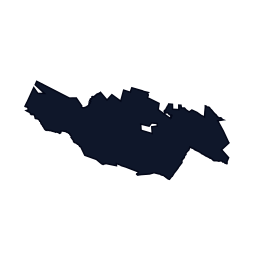 outline of Bindura, Mashonaland Central, Zimbabwe, rotated 286°
{"feature_id": "62879985B50430993830170", "entity_name": "Bindura", "entity_type": "district", "adm_level": 2, "iso_a3": "ZWE", "parent_name": "Zimbabwe", "parent_adm1": "Mashonaland Central", "projection": "natural_earth1", "projection_center": [31.316, -17.234], "detail": "fine", "context": "isolated", "style": "filled", "palette": "ink", "viewbox_px": 256, "rotation_deg": 286, "n_neighbors": 0, "source": "geoboundaries", "source_scale": "gbopen_adm2", "svg_char_len": 5664}
<svg xmlns="http://www.w3.org/2000/svg" viewBox="0 0 256 256"><g transform="rotate(286 128 128)"><path d="M147.7,27.4L144.0,26.9L138.2,38.2L136.4,31.8L140.8,26.3L124.5,23.8L124.5,23.7L120.4,23.0L120.2,23.5L120.4,23.9L120.5,25.0L120.3,25.0L120.2,25.1L120.2,25.8L119.4,26.5L118.2,26.9L117.8,27.1L117.2,26.6L117.2,26.2L116.7,25.3L116.4,26.2L116.4,26.7L116.1,27.7L116.1,28.1L116.0,29.0L115.9,29.6L114.8,30.3L114.3,31.1L114.3,31.5L114.5,32.2L114.9,32.0L115.0,32.3L115.1,33.6L114.3,34.4L114.2,34.8L113.9,34.9L112.6,35.8L112.0,35.9L111.6,36.8L111.6,37.1L112.1,38.4L112.0,38.7L111.6,39.2L111.4,40.3L111.0,40.7L110.2,41.3L110.1,42.0L109.8,42.4L109.3,42.6L108.2,43.3L107.3,44.7L106.0,45.9L105.7,46.5L104.1,48.0L103.6,48.8L103.3,49.4L103.3,49.7L103.4,49.9L103.3,50.2L103.8,50.6L104.0,51.0L103.6,51.6L103.9,52.1L103.9,53.4L104.1,53.9L104.1,54.3L104.3,54.7L104.1,55.3L104.1,57.0L104.2,58.3L104.0,59.4L104.3,59.5L104.5,60.0L104.5,60.5L104.4,60.5L104.4,61.4L104.5,61.6L104.5,62.4L104.3,62.9L104.0,63.4L104.0,63.9L104.4,64.2L105.0,64.7L106.3,64.1L106.5,64.5L106.7,64.8L106.9,65.6L107.3,66.0L107.2,66.8L107.3,67.7L107.4,68.4L107.8,69.0L107.4,69.0L107.2,70.0L107.0,70.9L107.0,71.2L107.2,71.8L107.2,72.0L106.6,72.5L106.7,73.1L106.5,73.5L106.0,73.7L105.5,74.2L105.2,74.7L105.0,75.4L104.8,75.6L104.5,75.8L103.4,75.8L101.2,78.7L100.7,79.2L99.8,79.5L99.6,80.0L99.6,80.5L99.3,80.7L99.3,81.9L99.1,82.4L99.1,83.1L98.6,83.6L98.5,83.8L98.6,85.3L97.9,85.6L97.8,86.1L97.1,86.5L96.9,87.0L97.0,87.7L89.9,94.0L89.1,106.3L86.3,112.6L86.3,113.3L86.1,114.1L86.4,114.4L86.8,114.5L86.9,115.1L87.1,115.3L87.1,115.7L87.7,115.9L88.6,127.3L90.7,126.6L90.3,131.2L90.0,131.7L89.9,136.7L88.7,150.1L88.0,150.0L87.4,150.0L86.9,149.8L86.5,149.6L86.3,149.0L86.0,149.0L85.8,149.3L85.8,149.6L85.4,150.1L85.5,150.6L86.0,151.5L87.0,153.9L89.8,161.5L92.2,165.3L92.4,170.6L92.6,171.7L92.2,172.3L92.2,173.0L92.0,173.9L92.1,174.1L92.4,174.7L92.1,175.7L91.6,176.5L91.6,177.5L91.5,177.9L91.0,178.1L91.0,178.5L90.7,179.0L90.5,179.8L90.2,180.3L90.1,180.8L90.1,182.0L93.2,183.2L93.8,183.8L97.9,184.9L98.6,185.3L101.1,186.3L103.2,187.1L104.6,187.4L109.6,189.4L112.0,188.6L112.1,188.9L113.0,189.3L113.4,189.0L113.8,189.5L114.0,189.5L114.3,189.9L115.2,190.2L115.8,190.2L117.0,190.0L118.3,190.9L118.6,191.0L119.2,190.8L119.5,190.6L120.0,190.6L122.1,191.6L123.6,192.5L124.4,192.5L124.9,192.6L126.0,192.7L126.3,192.9L126.7,192.7L126.9,192.8L126.7,194.1L126.4,194.5L126.3,196.9L126.0,197.3L125.7,197.5L125.5,198.1L125.6,198.4L125.8,198.6L125.8,198.8L125.3,199.3L125.3,200.1L125.1,200.6L125.3,201.4L125.0,201.6L124.9,202.0L124.9,202.3L124.8,202.7L124.8,203.5L124.3,204.2L124.2,204.6L124.2,205.2L123.6,206.2L123.7,206.7L123.5,207.1L123.5,207.5L123.2,208.4L123.2,208.9L123.0,209.2L122.8,210.0L122.6,210.2L122.7,210.8L122.4,211.8L122.4,212.2L122.3,212.5L122.3,213.1L122.2,213.2L122.2,213.3L122.0,213.9L122.2,214.8L121.7,214.9L121.6,215.4L121.8,215.7L121.9,216.0L121.6,216.6L121.6,217.0L121.3,217.3L120.7,218.5L120.4,218.8L120.3,219.2L120.3,219.8L120.9,221.9L121.1,223.1L121.1,224.2L121.4,225.0L122.1,226.3L122.1,227.3L121.9,227.9L121.7,228.0L121.4,228.7L121.6,228.9L121.8,229.0L121.9,229.4L121.0,230.8L120.9,232.9L121.2,233.0L123.2,232.4L127.2,232.9L132.9,223.9L141.5,229.1L141.6,228.9L151.4,220.4L159.7,212.2L162.1,217.4L162.2,216.4L162.4,216.0L163.0,215.4L163.2,214.8L163.4,214.5L163.4,214.2L163.2,214.0L163.0,213.7L163.0,213.2L162.8,213.0L163.2,211.9L163.1,211.2L163.4,210.9L164.2,210.0L164.6,209.2L165.0,209.0L165.2,208.5L165.2,208.0L165.6,207.6L165.8,207.1L166.1,206.8L166.1,206.5L166.6,205.7L167.2,205.1L167.3,204.7L167.8,204.2L168.0,203.6L168.4,203.3L169.0,201.9L169.7,201.2L170.1,200.6L170.3,199.9L170.3,199.6L170.0,199.3L169.9,198.4L170.5,197.5L170.6,196.7L170.6,196.2L168.8,196.7L164.5,197.5L159.7,198.5L160.3,194.8L162.0,190.0L162.9,184.4L160.3,182.4L161.4,178.9L162.8,176.8L161.9,173.9L164.5,172.6L164.0,170.5L159.7,171.8L158.3,165.7L163.0,164.2L162.2,159.9L162.1,160.4L160.7,160.4L159.8,159.9L158.5,159.7L157.2,159.3L156.5,159.3L156.2,159.5L155.9,159.2L155.5,159.1L155.3,158.8L155.3,158.6L154.8,158.2L153.8,158.3L153.8,158.9L153.5,159.1L152.9,159.1L152.5,159.3L152.5,159.7L153.0,160.0L153.2,159.7L153.4,159.9L153.4,160.5L153.2,160.9L153.2,161.4L153.7,161.9L153.7,162.2L153.5,162.6L152.3,163.8L152.2,165.4L152.4,165.9L152.4,166.3L152.1,166.3L151.9,166.2L151.9,166.7L151.8,166.8L151.1,166.1L150.5,166.0L150.2,166.3L150.2,166.6L149.8,166.7L149.8,165.9L149.7,165.8L148.9,165.8L154.0,151.9L160.2,151.1L162.1,140.7L162.4,137.9L162.4,138.0L163.2,138.4L165.1,138.4L165.5,138.3L165.9,137.9L166.7,137.0L167.5,136.6L167.4,137.6L167.7,137.8L167.5,134.0L167.5,133.0L167.7,131.4L167.7,120.6L163.0,120.3L163.2,113.4L151.8,113.6L155.6,103.3L149.1,100.1L154.5,92.0L154.4,92.0L154.0,91.4L153.9,90.9L153.6,90.7L153.3,90.7L153.1,90.9L152.8,90.0L152.4,90.0L152.3,89.0L152.0,88.9L151.5,88.9L151.3,88.7L151.3,88.3L151.2,88.2L150.7,88.3L150.2,87.6L149.2,87.0L148.9,87.2L148.7,86.8L148.5,86.7L148.7,86.3L148.6,86.1L148.3,86.0L148.4,85.0L148.2,84.8L147.9,84.7L147.6,84.8L147.3,85.2L146.8,85.2L146.6,85.0L146.2,85.0L146.0,84.8L145.8,84.5L145.7,83.9L145.2,83.8L144.9,84.4L144.7,84.3L144.4,83.9L143.9,83.6L143.6,83.6L143.4,83.8L143.2,84.2L143.2,84.7L143.1,84.8L142.6,84.4L142.1,84.3L141.7,84.6L141.5,84.3L141.6,83.9L141.3,84.1L141.2,84.5L140.8,84.3L140.5,83.8L140.2,83.8L140.0,84.0L139.8,84.0L139.6,84.2L139.1,83.9L138.5,83.8L138.1,83.2L137.7,82.8L137.0,82.6L136.8,82.0L136.3,81.8L135.7,80.6L135.2,80.2L135.2,79.7L134.9,79.3L135.2,77.5L136.5,77.4L142.6,70.0L140.6,63.4L147.7,27.4ZM129.3,152.9L129.4,141.2L135.3,139.1L135.6,147.8L139.3,149.2L140.4,154.8L137.9,155.6L135.7,150.5L129.3,152.9Z" fill="#0f172a" stroke="#020617" stroke-width="1.5"/></g></svg>